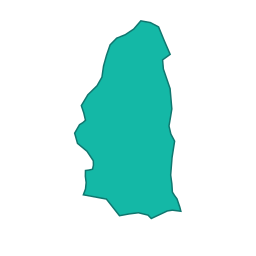 an SVG outline of Qəbələ, rotated 160°
{"feature_id": "AZE-1724", "entity_name": "Qəbələ", "entity_type": "District", "adm_level": 1, "iso_a3": "AZE", "parent_name": "Azerbaijan", "parent_adm1": "", "projection": "albers", "projection_center": [47.781, 40.923], "detail": "fine", "context": "isolated", "style": "filled", "palette": "teal", "viewbox_px": 256, "rotation_deg": 160, "n_neighbors": 0, "source": "natural_earth", "source_scale": "10m", "svg_char_len": 805}
<svg xmlns="http://www.w3.org/2000/svg" viewBox="0 0 256 256"><g transform="rotate(160 128 128)"><path d="M119.3,36.6L137.1,35.0L139.0,39.3L147.2,44.8L156.5,46.9L166.0,48.5L172.6,68.6L192.8,80.5L188.8,85.2L186.0,91.0L184.6,97.2L182.5,102.6L179.0,101.8L175.4,101.4L173.2,104.9L171.8,109.1L174.5,120.2L180.7,130.8L179.9,141.4L172.4,147.7L168.6,148.5L165.3,149.8L164.4,157.3L164.2,165.0L154.3,173.0L142.6,178.3L135.1,184.7L129.8,194.6L123.3,203.7L116.3,212.3L107.9,216.3L98.7,216.6L88.8,219.0L79.3,224.3L70.9,219.4L64.7,212.5L64.1,197.7L63.2,182.8L72.2,180.2L74.6,171.3L75.0,150.6L80.3,130.9L84.5,123.4L88.8,115.9L89.8,107.7L88.7,99.7L96.7,85.2L104.0,69.2L105.9,60.5L108.2,52.6L107.4,48.7L106.2,44.6L106.4,35.8L106.8,31.7L114.4,35.6L119.3,36.6Z" fill="#14b8a6" stroke="#0f766e" stroke-width="1.5"/></g></svg>